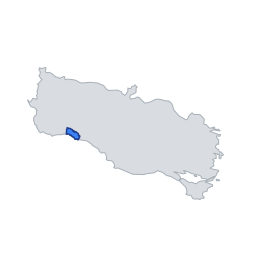 Trabzon highlighted on a map of Turkey, rotated 201°
{"feature_id": "TUR-2302", "entity_name": "Trabzon", "entity_type": "Province", "adm_level": 1, "iso_a3": "TUR", "parent_name": "Turkey", "parent_adm1": "", "projection": "natural_earth1", "projection_center": [39.741, 40.811], "detail": "fine", "context": "in_parent", "style": "filled", "palette": "blue", "viewbox_px": 256, "rotation_deg": 201, "n_neighbors": 0, "source": "natural_earth", "source_scale": "10m", "svg_char_len": 4515}
<svg xmlns="http://www.w3.org/2000/svg" viewBox="0 0 256 256"><g transform="rotate(201 128 128)"><path d="M195.8,93.1L199.2,94.3L200.3,93.4L203.4,93.5L206.1,94.2L207.6,92.3L209.6,92.5L210.0,93.4L210.9,93.8L213.8,96.2L213.4,96.5L214.2,97.4L216.6,98.0L216.9,99.3L218.8,101.1L219.8,104.0L219.3,105.9L218.2,107.2L219.8,111.5L219.3,112.0L222.4,113.4L226.1,113.2L227.3,113.8L231.0,117.2L232.0,118.5L229.4,116.9L228.0,118.3L227.4,121.6L223.4,122.2L224.0,124.4L225.1,125.4L224.8,127.5L225.1,128.3L226.2,129.6L226.1,131.5L226.5,133.4L226.6,135.8L228.3,136.5L227.5,137.6L225.7,142.3L225.9,142.7L227.1,142.8L229.9,145.0L229.4,145.7L229.8,148.8L232.3,150.7L231.9,151.7L232.0,152.8L230.2,152.3L226.7,155.0L226.3,154.9L225.8,154.0L225.6,151.3L224.8,150.6L223.7,150.4L221.7,151.7L220.0,151.6L218.2,151.4L213.5,149.7L211.8,150.3L210.0,149.6L206.6,152.9L205.5,153.2L205.0,151.6L203.8,150.6L202.2,151.9L196.2,153.5L193.5,153.8L190.1,153.2L187.3,153.4L179.7,157.1L172.4,159.1L165.9,158.9L162.4,156.6L159.6,156.1L151.3,159.6L147.2,159.5L145.8,158.0L142.7,157.4L142.0,158.8L141.3,162.1L142.4,165.2L140.6,165.4L139.5,166.1L139.2,168.4L137.5,169.3L137.0,170.7L136.7,170.7L134.1,169.5L134.8,168.4L133.3,164.2L134.1,162.8L137.5,159.4L137.4,157.3L136.0,155.9L131.7,158.5L131.3,159.5L130.3,160.2L128.7,160.5L121.2,157.2L116.7,160.1L112.8,164.4L109.9,165.9L101.4,167.1L99.9,167.9L97.0,167.0L95.3,165.9L91.5,161.1L84.2,157.4L76.5,156.5L75.7,157.5L75.4,161.2L74.0,164.7L73.4,165.1L71.7,164.2L65.6,166.3L60.6,164.0L59.7,163.0L58.7,158.9L57.9,158.6L57.1,159.2L56.2,159.2L52.6,157.4L50.6,157.3L49.4,159.0L47.4,159.7L47.4,159.2L48.2,158.1L45.1,158.3L43.4,159.2L41.2,158.6L41.4,158.2L43.2,157.6L47.4,157.0L50.1,154.3L40.2,154.4L39.3,155.0L39.2,153.6L39.8,153.0L42.4,152.5L42.2,151.3L40.7,150.0L39.0,149.4L38.3,146.5L37.5,145.7L37.6,145.3L39.3,144.8L39.7,142.6L39.5,141.3L36.4,140.2L35.6,140.3L34.9,139.1L33.6,138.3L32.5,139.0L29.3,137.2L30.0,136.0L30.8,136.0L31.0,135.0L30.4,133.4L30.5,132.5L31.2,132.3L32.0,132.4L32.7,133.4L32.8,135.3L33.6,136.4L34.2,135.3L35.6,135.9L38.3,135.4L38.8,134.9L36.9,134.9L36.2,134.5L34.8,131.3L36.4,130.4L37.6,128.9L35.5,127.9L36.0,125.8L34.2,123.4L36.9,120.3L36.8,119.9L36.0,119.7L28.1,121.0L28.1,119.6L28.7,118.4L28.8,115.5L29.2,113.9L30.7,113.4L32.5,111.1L35.5,108.3L38.5,108.3L39.7,107.6L41.5,107.5L42.0,108.6L43.5,109.4L46.2,109.3L47.6,108.5L46.4,107.2L47.9,106.8L49.2,107.1L48.4,108.6L48.8,108.7L52.4,108.3L56.1,108.6L60.2,108.4L60.7,108.0L57.8,106.5L59.7,105.2L60.8,104.9L69.4,103.7L69.5,103.4L64.2,102.7L61.6,101.0L60.9,100.0L61.5,97.7L62.1,97.1L64.0,97.0L70.4,98.1L75.0,97.5L80.0,99.0L84.9,98.7L85.9,98.0L87.1,95.8L94.0,92.1L96.5,90.2L107.1,86.5L122.9,87.1L125.7,85.7L127.3,86.2L126.8,87.1L126.9,88.0L128.7,90.2L131.5,91.5L135.4,90.4L136.9,90.9L138.2,94.3L140.6,96.4L141.7,96.6L143.2,95.3L144.7,95.2L147.0,96.4L147.7,97.6L155.3,99.1L156.9,100.1L162.0,101.2L173.3,98.7L177.4,100.4L180.9,100.9L182.4,100.7L186.9,98.7L188.3,97.6L191.2,96.6L194.8,94.4L195.8,93.1ZM50.3,87.0L49.9,88.5L50.5,90.2L52.0,92.6L53.6,93.8L61.1,97.0L59.9,100.0L58.0,100.5L51.5,99.0L48.8,100.3L46.8,100.0L44.1,100.5L43.3,102.3L41.3,104.4L36.0,107.0L30.9,112.1L29.5,112.7L30.2,111.0L30.2,109.5L32.4,107.7L35.4,106.3L36.3,105.2L28.8,105.4L28.2,103.9L28.9,103.5L31.5,100.8L31.8,99.6L31.7,96.9L34.7,95.3L34.9,94.7L34.6,92.0L31.9,90.4L32.0,89.6L34.0,88.9L35.2,87.0L38.1,86.7L39.5,85.8L42.1,85.3L45.1,87.6L48.8,86.7L50.3,87.0ZM27.0,111.9L24.5,112.3L23.7,111.9L24.6,111.1L26.5,110.5L27.1,111.3L27.0,111.9Z" fill="#d9dde1" stroke="#a8b0b8" stroke-width="1"/><path d="M170.3,99.2L170.5,99.1L170.8,99.1L171.0,99.1L171.4,99.4L171.6,99.5L171.8,99.4L172.1,99.2L172.3,99.2L173.0,98.8L173.1,98.7L173.3,98.6L174.0,98.8L174.4,99.3L175.1,99.8L175.5,100.0L175.9,100.1L176.1,100.0L176.3,99.9L176.6,99.9L176.9,100.1L177.0,100.1L177.3,100.1L178.0,100.6L178.4,100.8L178.5,100.6L179.2,100.4L179.5,100.4L180.1,100.9L180.4,101.1L180.8,101.2L181.0,101.2L181.4,101.1L181.6,101.0L182.0,100.9L182.2,100.7L182.7,100.6L183.3,100.2L183.7,101.1L184.0,102.0L184.1,102.9L184.8,104.6L184.6,105.5L184.8,106.4L184.6,106.4L184.1,106.5L183.0,106.5L182.5,106.6L182.0,106.8L181.5,106.8L180.6,106.5L179.7,106.5L179.2,106.3L178.6,105.5L178.2,105.4L178.1,105.5L178.1,105.9L177.9,106.1L177.7,106.1L177.2,105.3L176.4,104.8L176.1,105.0L176.0,105.6L175.8,105.8L175.6,105.8L174.9,105.7L172.4,104.8L171.7,104.0L171.5,103.2L171.0,103.0L170.9,103.2L170.6,103.4L170.4,103.4L170.2,103.2L170.0,102.7L169.9,101.5L170.0,100.8L170.3,99.2Z" fill="#3b82f6" stroke="#1e3a8a" stroke-width="1.5"/></g></svg>